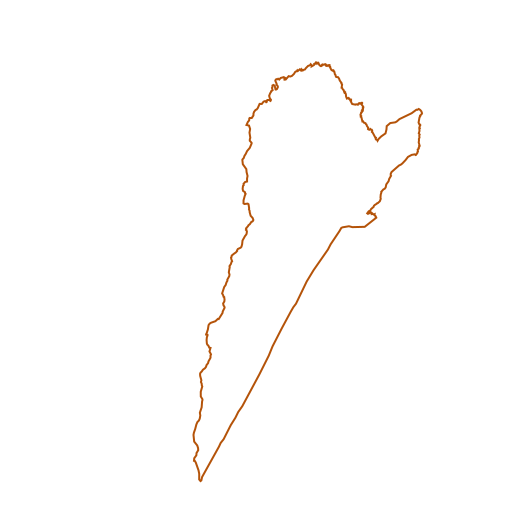 outline of Banda, Brong Ahafo, Ghana, rotated 216°
{"feature_id": "2480657B21856882152043", "entity_name": "Banda", "entity_type": "district", "adm_level": 2, "iso_a3": "GHA", "parent_name": "Ghana", "parent_adm1": "Brong Ahafo", "projection": "equal_earth", "projection_center": [-2.367, 8.353], "detail": "fine", "context": "isolated", "style": "outline", "palette": "amber", "viewbox_px": 512, "rotation_deg": 216, "n_neighbors": 0, "source": "geoboundaries", "source_scale": "gbopen_adm2", "svg_char_len": 6138}
<svg xmlns="http://www.w3.org/2000/svg" viewBox="0 0 512 512"><g transform="rotate(216 256 256)"><path d="M342.3,363.4L341.2,361.6L341.4,359.8L340.7,356.4L338.3,357.4L335.4,355.3L333.8,352.0L330.1,348.3L329.6,346.8L328.8,345.6L326.1,345.0L325.7,344.5L324.6,339.8L324.9,335.6L324.3,332.5L324.2,330.3L323.5,327.9L323.7,326.4L323.6,325.8L320.6,322.5L314.9,320.6L312.9,318.3L309.9,315.8L308.7,313.3L307.0,311.0L308.3,309.5L308.5,307.0L307.6,306.1L307.7,305.0L306.3,302.5L304.8,301.1L302.3,301.1L301.5,300.1L300.9,300.1L300.5,298.2L298.8,293.7L297.0,291.2L295.9,291.3L293.5,293.5L292.5,293.5L289.6,290.6L289.2,289.7L287.5,288.6L287.1,287.9L284.0,285.4L281.1,284.8L279.3,283.6L279.1,282.8L279.2,281.7L279.8,281.0L279.7,278.0L280.2,276.4L280.0,275.5L280.3,272.5L279.6,272.1L279.5,271.2L278.5,271.0L277.7,270.4L276.8,268.7L276.5,267.8L276.6,265.6L276.0,260.6L274.1,257.3L273.2,254.9L273.3,253.7L274.8,251.0L274.6,249.2L274.2,248.9L274.4,247.0L275.1,245.1L275.9,242.1L275.2,240.7L275.3,240.1L274.2,239.0L272.2,237.7L272.3,236.7L271.6,234.8L271.5,232.2L270.8,231.7L268.4,226.8L266.6,225.5L265.8,224.0L265.3,220.0L264.6,219.2L264.4,217.3L263.5,214.7L263.5,212.3L261.4,205.8L259.6,205.0L258.2,203.9L257.6,204.1L255.8,202.2L254.9,200.6L254.7,198.3L253.2,196.9L251.9,196.5L251.0,195.7L250.3,191.5L249.6,190.3L249.1,183.0L249.9,182.7L250.5,179.4L253.2,175.5L253.6,174.6L253.8,172.9L253.7,172.1L251.8,168.4L250.5,164.5L250.4,163.5L250.2,163.1L248.9,163.7L248.5,163.2L248.0,161.4L246.6,159.0L244.4,156.4L243.4,155.7L241.9,155.5L239.9,154.4L238.8,154.9L237.5,151.4L234.6,150.0L234.2,148.5L233.2,147.3L232.9,146.4L232.5,142.8L231.8,141.2L231.9,138.6L231.3,137.0L231.3,135.2L232.1,132.8L232.0,130.7L232.3,129.0L232.0,127.8L230.7,126.2L227.1,123.3L226.5,121.7L224.9,120.8L223.7,119.4L222.8,118.9L220.9,113.7L218.1,109.9L215.1,108.6L214.6,107.9L214.1,106.6L211.0,101.6L209.3,96.2L207.3,94.2L205.9,91.3L205.5,89.3L205.8,87.2L205.2,84.6L203.5,80.3L202.4,76.6L201.4,74.5L196.9,69.5L192.2,68.2L190.0,66.6L188.6,64.9L188.3,61.6L187.1,59.7L187.1,56.1L185.8,53.9L185.2,54.3L183.3,53.5L176.5,48.8L173.9,46.4L170.6,41.8L168.6,41.3L168.3,42.3L169.7,45.5L173.9,80.0L174.7,84.0L174.5,88.8L177.0,104.3L177.6,113.0L178.7,119.4L178.8,126.4L183.7,162.2L187.1,182.9L189.5,192.6L192.6,212.5L195.2,231.7L195.7,236.6L195.6,240.9L200.0,265.2L201.1,278.4L201.6,303.5L202.5,309.3L203.1,325.1L203.5,328.9L202.8,330.1L198.3,334.7L195.0,336.0L185.2,343.5L181.2,357.7L181.8,358.1L182.5,358.1L183.0,358.7L184.4,358.8L184.7,359.5L185.2,358.7L186.6,358.8L186.7,358.2L187.0,357.9L187.8,358.9L188.3,359.0L189.1,358.5L189.2,357.4L190.0,356.9L190.2,355.9L191.1,355.9L191.1,358.4L190.3,359.9L190.5,361.7L190.1,363.0L190.2,363.5L189.7,364.5L190.1,366.0L189.9,367.1L189.0,369.3L189.0,370.0L188.5,370.5L188.0,373.1L188.7,375.6L189.6,376.4L191.2,379.0L191.9,381.1L192.4,381.5L192.1,384.7L191.4,386.1L191.4,387.7L192.7,390.5L192.7,394.4L193.6,396.8L193.9,400.2L194.3,400.3L195.3,401.6L195.7,403.6L193.5,413.3L192.5,415.1L192.0,416.9L191.4,421.4L191.3,425.5L189.5,429.3L187.3,431.6L186.2,431.5L186.0,431.8L186.1,432.4L185.9,433.8L186.5,434.8L186.3,435.6L187.8,437.2L187.4,438.6L188.1,439.3L188.1,440.3L188.7,440.9L188.4,441.4L191.1,443.5L192.2,445.5L193.0,446.4L193.4,448.0L194.6,449.2L195.0,450.5L196.4,450.9L197.2,453.2L198.5,454.8L198.5,455.4L199.0,455.4L199.5,456.1L199.4,456.6L200.1,457.7L199.9,458.2L200.4,458.8L201.4,458.6L202.9,459.5L205.1,464.0L205.3,465.5L205.6,465.5L205.8,466.0L205.4,468.1L205.6,469.1L207.2,470.2L209.0,470.7L210.8,470.6L211.3,469.2L212.2,468.7L214.0,463.0L220.4,451.1L221.2,447.5L221.9,446.0L225.5,442.5L226.6,437.9L224.8,435.0L223.3,431.3L225.0,426.3L225.6,422.7L225.4,420.7L226.3,421.2L227.1,420.8L227.9,421.0L228.2,421.2L228.5,422.2L229.4,422.1L233.9,424.3L235.2,424.5L235.4,425.5L236.5,426.2L237.6,425.7L238.0,425.9L238.2,425.1L238.6,425.2L239.2,424.5L240.0,424.5L240.6,425.7L242.7,426.4L243.9,427.3L244.7,427.3L245.5,427.8L247.1,427.3L248.6,427.9L249.0,427.4L252.3,430.2L253.1,430.2L253.2,431.1L254.0,431.2L254.7,432.0L254.7,433.0L255.3,433.9L254.9,434.5L255.1,435.2L254.9,436.2L255.5,437.2L256.0,436.8L256.3,438.9L256.8,438.9L257.0,439.8L259.8,440.7L260.0,442.2L260.2,442.3L260.8,441.9L260.9,441.1L260.6,440.9L261.6,440.2L262.1,440.5L262.6,439.9L262.5,439.3L262.9,438.5L262.7,438.2L264.2,437.6L264.5,436.9L267.5,435.5L269.6,436.5L271.0,438.4L271.3,438.2L271.4,437.4L273.0,438.2L273.2,437.8L274.3,438.1L275.0,436.8L276.8,437.9L278.5,439.8L279.4,440.3L279.8,440.1L280.1,440.7L280.7,440.4L281.0,441.1L281.7,441.0L282.7,441.8L283.7,441.8L285.3,442.7L285.7,442.5L287.1,445.3L288.3,445.7L288.4,446.2L291.4,447.2L293.0,448.3L294.7,448.9L296.3,448.0L296.8,448.1L298.3,449.3L299.0,449.4L301.0,451.2L301.9,451.0L302.3,451.7L302.8,451.7L303.5,450.9L304.1,450.8L306.0,451.6L307.1,452.6L307.5,452.4L308.7,453.7L309.3,453.3L309.6,452.1L310.2,452.2L310.7,451.2L311.2,451.1L311.7,451.9L312.2,452.0L312.5,451.5L312.9,451.7L314.0,450.3L314.9,450.0L315.0,449.1L314.4,449.2L314.9,447.9L315.4,447.6L317.2,447.8L319.0,448.9L319.4,447.9L320.7,448.3L320.9,448.1L320.7,447.3L321.3,447.5L321.3,446.7L321.7,445.9L321.3,445.8L321.4,444.5L322.4,442.2L322.8,443.0L324.5,443.3L324.4,442.1L325.6,440.4L326.1,437.1L326.0,435.8L327.0,434.4L327.1,433.7L327.7,433.1L328.1,433.6L328.6,433.0L328.8,433.2L328.8,432.6L329.8,432.9L330.0,432.6L330.3,432.7L330.9,430.3L331.7,430.5L331.6,429.4L332.3,428.6L332.5,427.8L332.3,425.7L332.8,422.8L333.8,421.3L335.3,420.7L335.7,416.2L336.6,415.4L337.2,416.0L337.1,417.2L338.7,417.0L340.7,414.5L340.9,412.4L342.3,412.4L342.5,411.6L343.3,411.2L343.7,410.4L343.5,409.3L343.2,409.0L340.6,407.5L340.2,406.8L338.1,406.1L337.5,405.3L337.2,403.3L337.7,402.3L338.1,402.2L341.0,404.8L342.5,404.6L342.9,403.6L342.0,402.4L341.9,401.4L340.0,399.9L340.6,398.1L340.3,397.8L340.2,395.9L339.5,393.3L337.5,391.7L335.8,391.2L335.4,390.4L335.5,389.9L336.9,390.0L338.5,388.9L338.6,387.9L338.0,387.3L337.9,386.7L338.1,386.4L339.6,386.7L340.0,386.3L340.6,385.3L340.7,382.4L342.5,381.2L341.5,376.6L341.6,374.8L342.2,374.0L342.3,371.6L341.8,369.8L340.7,368.2L340.6,367.4L340.8,366.8L340.4,365.7L340.7,365.0L342.2,364.0L342.3,363.4Z" fill="none" stroke="#b45309" stroke-width="2"/></g></svg>